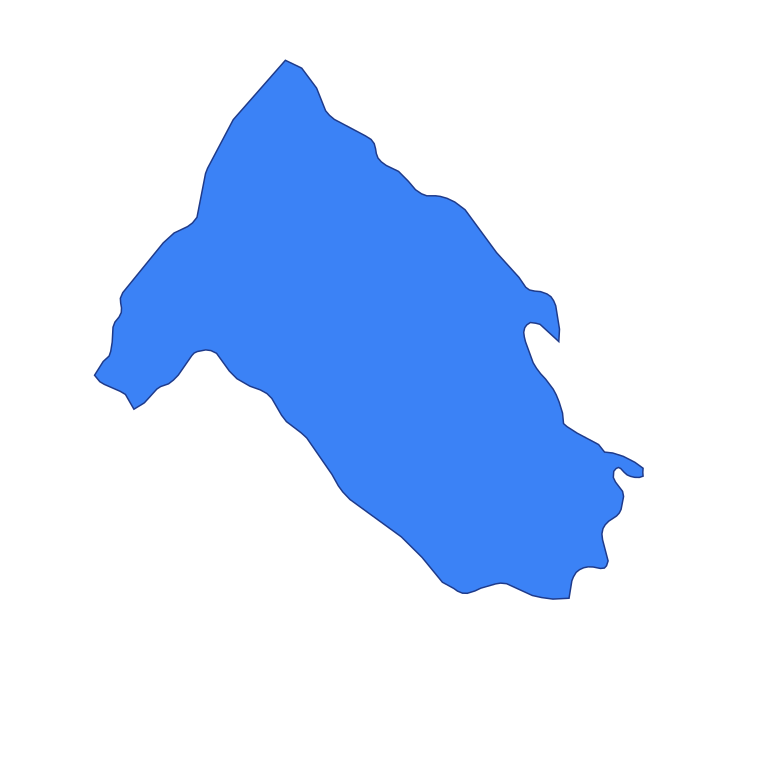 Vâlcea, Albers equal-area conic projection, rotated 311°
{"feature_id": "ROU-304", "entity_name": "Vâlcea", "entity_type": "County", "adm_level": 1, "iso_a3": "ROU", "parent_name": "Romania", "parent_adm1": "", "projection": "albers", "projection_center": [24.119, 45.04], "detail": "fine", "context": "isolated", "style": "filled", "palette": "blue", "viewbox_px": 768, "rotation_deg": 311, "n_neighbors": 0, "source": "natural_earth", "source_scale": "10m", "svg_char_len": 2137}
<svg xmlns="http://www.w3.org/2000/svg" viewBox="0 0 768 768"><g transform="rotate(311 384 384)"><path d="M200.9,211.8L206.5,195.7L205.4,189.7L200.2,173.1L199.3,168.0L200.7,159.8L216.8,157.3L224.8,158.2L229.4,156.3L237.3,151.4L249.1,142.2L254.2,140.3L260.8,140.1L265.6,138.8L269.2,136.0L272.4,132.1L275.7,128.8L281.6,126.9L345.7,124.8L360.3,126.5L374.0,132.5L379.9,133.8L387.1,133.5L425.8,111.2L431.1,109.3L484.6,96.8L563.6,97.2L568.4,114.7L563.1,139.0L551.9,160.7L551.0,166.6L551.1,172.9L559.1,207.3L560.1,213.8L559.0,218.9L556.0,223.3L552.9,227.0L550.6,231.2L549.9,236.2L550.4,242.3L554.0,255.5L553.0,269.1L551.3,280.3L552.1,287.4L554.1,292.8L559.9,299.5L562.5,303.4L565.5,309.8L567.8,318.1L568.7,330.9L557.0,382.7L553.0,416.0L550.0,427.5L550.4,432.1L553.0,436.8L556.4,441.5L558.9,447.9L559.4,452.8L558.1,457.5L555.7,462.3L540.5,480.5L530.7,488.1L531.4,462.6L529.4,458.6L526.4,454.1L522.3,453.0L518.8,453.3L514.7,455.5L511.6,459.0L508.7,463.1L497.9,482.6L495.9,488.8L494.5,495.4L493.7,502.8L491.1,515.1L488.8,521.1L485.3,528.0L479.2,537.8L471.9,545.5L471.9,550.1L473.6,561.9L479.1,585.7L477.3,595.1L482.0,601.9L486.4,612.1L489.5,624.7L490.4,634.8L487.1,637.3L484.4,640.0L481.0,638.0L478.0,634.4L476.0,630.6L474.9,627.1L474.9,623.4L475.5,618.0L474.8,615.7L472.5,614.6L468.8,614.7L463.9,618.4L461.9,623.0L459.5,634.5L456.3,638.6L444.9,645.2L441.0,646.2L437.0,646.1L427.9,643.6L422.9,643.3L418.6,644.1L413.8,646.8L409.8,651.2L397.5,669.2L392.8,671.2L389.7,671.1L386.8,668.4L383.1,661.9L379.9,658.0L376.4,655.3L372.2,653.4L367.9,652.6L362.7,653.5L358.7,654.9L343.7,664.2L332.5,652.6L326.2,643.0L321.7,634.7L313.7,607.5L310.2,602.6L306.4,599.4L293.4,591.0L287.5,588.4L280.7,584.2L277.6,580.4L275.9,575.3L275.5,570.9L272.7,558.1L278.1,526.5L280.0,497.3L274.5,434.2L275.5,423.7L277.2,416.3L281.6,404.1L292.6,361.1L292.8,353.7L291.6,335.0L293.2,327.2L299.5,308.8L300.0,302.0L298.4,294.5L294.4,284.3L291.5,269.5L292.3,258.8L297.3,237.5L295.7,231.5L292.8,227.1L286.0,221.8L282.8,220.4L279.4,220.3L255.8,222.9L248.8,222.5L242.8,221.3L235.5,217.1L231.2,215.9L212.6,215.5L200.9,211.8Z" fill="#3b82f6" stroke="#1e3a8a" stroke-width="1.5"/></g></svg>